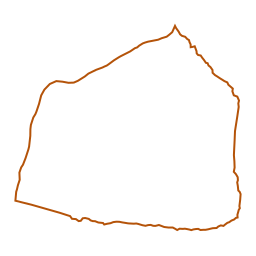 Alto Paraíso, Paraná, Brazil
{"feature_id": "56859067B45713063177583", "entity_name": "Alto Paraíso", "entity_type": "district", "adm_level": 2, "iso_a3": "BRA", "parent_name": "Brazil", "parent_adm1": "Paraná", "projection": "orthographic", "projection_center": [-53.797, -23.516], "detail": "fine", "context": "isolated", "style": "outline", "palette": "amber", "viewbox_px": 256, "rotation_deg": 0, "n_neighbors": 0, "source": "geoboundaries", "source_scale": "gbopen_adm2", "svg_char_len": 2188}
<svg xmlns="http://www.w3.org/2000/svg" viewBox="0 0 256 256"><path d="M182.7,228.9L184.9,228.7L187.2,229.1L189.6,229.6L191.3,230.1L193.5,229.4L196.2,229.0L198.2,228.9L200.5,230.0L203.4,229.8L205.5,229.8L208.2,229.3L210.6,228.7L212.8,228.2L216.6,228.0L218.3,226.5L220.8,225.4L223.5,225.9L224.9,224.7L227.4,222.8L229.2,222.2L231.4,220.6L234.1,219.5L235.9,217.9L237.6,217.5L237.4,214.8L238.2,212.0L238.7,210.0L239.8,208.2L239.4,206.1L240.2,199.6L240.6,194.1L239.7,191.9L238.3,190.5L237.8,185.8L237.2,182.4L237.9,180.2L237.7,177.2L235.9,174.1L233.8,171.8L234.6,167.6L234.4,161.4L233.9,155.1L234.6,140.7L234.8,135.8L235.0,131.1L237.3,116.4L238.7,106.9L238.3,103.4L239.0,100.6L237.3,96.6L233.8,95.3L232.4,91.3L232.8,88.6L228.4,84.8L227.3,82.4L224.4,81.1L222.4,79.8L220.1,78.4L217.1,76.4L215.0,75.1L212.6,72.8L212.5,70.0L210.4,67.0L208.5,65.5L207.6,63.2L205.9,62.8L204.0,60.0L202.1,57.6L200.7,55.5L198.1,55.0L196.7,53.4L196.5,51.1L194.7,46.3L192.6,46.9L190.7,47.2L190.6,44.4L189.5,42.1L189.0,40.1L187.2,39.0L185.2,36.8L181.9,35.8L180.1,34.3L178.7,31.7L176.1,28.1L175.0,25.9L172.2,32.2L169.4,34.6L166.7,36.7L161.7,38.2L158.2,39.7L147.9,41.7L144.9,42.6L142.8,43.4L139.1,45.7L137.2,47.4L134.9,48.2L130.2,51.4L120.9,56.1L119.1,57.1L114.0,60.3L108.6,64.3L106.7,65.6L104.5,66.5L102.5,67.5L96.2,69.8L88.4,73.6L84.8,76.5L77.9,80.8L73.8,82.6L68.5,82.8L62.5,81.7L56.3,81.1L49.8,84.0L44.4,89.6L41.2,95.4L39.0,104.0L36.5,111.4L35.4,114.1L33.3,117.5L30.9,124.9L30.4,129.1L30.3,135.9L29.1,146.6L28.4,149.4L25.6,158.0L23.0,164.7L21.2,167.4L19.4,172.6L19.7,179.8L17.9,185.3L17.0,189.2L16.2,191.8L15.4,200.7L20.5,202.0L31.4,204.7L59.8,212.8L67.2,215.2L70.1,216.1L72.0,218.8L75.9,219.1L78.7,221.1L80.8,220.8L82.7,218.3L85.1,218.0L88.8,218.9L90.6,220.4L92.7,221.1L95.1,221.2L98.3,222.5L101.2,222.8L103.0,223.0L104.2,224.5L106.9,223.8L110.5,223.2L113.3,222.1L116.5,221.7L119.4,221.8L122.2,222.4L125.4,222.9L128.3,223.4L130.4,223.5L133.8,223.7L136.3,223.5L138.1,223.9L142.4,225.2L145.5,225.8L148.1,225.1L150.7,224.9L153.2,225.8L155.4,225.9L158.9,225.0L161.3,225.9L164.2,227.0L168.2,227.5L170.4,227.5L172.7,227.5L175.0,228.7L177.2,230.0L179.6,228.7L182.7,228.9Z" fill="none" stroke="#b45309" stroke-width="2"/></svg>